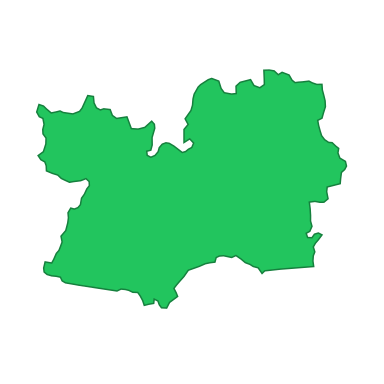 the district of Ribeira, São Paulo, Brazil, rotated 173°
{"feature_id": "56859067B1551247382346", "entity_name": "Ribeira", "entity_type": "district", "adm_level": 2, "iso_a3": "BRA", "parent_name": "Brazil", "parent_adm1": "São Paulo", "projection": "robinson", "projection_center": [-49.03, -24.604], "detail": "fine", "context": "isolated", "style": "filled", "palette": "green", "viewbox_px": 384, "rotation_deg": 173, "n_neighbors": 0, "source": "geoboundaries", "source_scale": "gbopen_adm2", "svg_char_len": 2806}
<svg xmlns="http://www.w3.org/2000/svg" viewBox="0 0 384 384"><g transform="rotate(173 192 192)"><path d="M253.2,85.3L248.4,85.9L243.6,86.1L242.6,90.3L239.1,88.0L238.2,84.0L236.4,80.8L231.3,79.9L227.8,85.1L219.0,90.1L220.0,93.9L221.7,98.5L218.8,101.5L215.2,104.8L210.3,109.1L205.2,114.8L193.9,117.3L187.5,119.2L182.9,119.6L177.8,119.6L176.0,124.0L172.7,125.1L168.4,124.9L160.6,122.2L156.1,123.6L151.4,119.4L147.7,115.4L143.3,113.1L140.3,110.6L135.6,108.7L132.4,102.6L129.4,104.9L113.9,104.7L80.3,103.2L80.4,108.7L79.4,113.9L77.4,117.6L78.3,122.7L75.7,126.2L72.3,129.3L68.2,133.6L71.6,135.9L75.6,135.2L78.5,132.0L82.8,132.7L83.7,137.1L79.9,138.6L77.1,143.3L77.9,148.7L77.2,154.3L76.8,160.9L76.8,167.7L71.1,167.7L66.2,166.2L62.3,165.8L57.8,168.7L58.3,175.9L57.2,180.5L43.9,182.2L42.8,187.4L41.3,193.2L37.7,195.7L35.5,198.9L36.0,203.7L41.1,207.6L42.4,213.0L41.1,217.4L43.7,220.0L46.9,223.9L50.4,224.6L54.0,227.8L56.5,232.1L57.4,237.0L58.2,242.5L58.5,247.8L54.0,249.4L51.8,254.7L49.2,260.4L48.8,266.3L49.5,272.4L50.2,277.4L49.9,283.0L55.1,283.6L59.4,285.7L62.4,287.8L68.9,287.8L72.9,288.0L76.4,288.0L79.1,290.8L81.4,296.3L88.0,299.8L92.1,297.9L95.7,302.2L100.4,303.6L105.8,304.1L106.5,295.6L107.1,289.8L112.0,287.2L117.5,290.1L120.2,296.4L130.8,295.0L135.4,291.7L136.1,284.3L140.9,284.4L147.9,286.6L150.5,291.2L151.9,298.8L158.6,302.3L162.2,301.5L170.4,297.5L173.1,295.4L177.9,288.9L179.6,284.4L180.9,278.1L183.1,273.0L189.9,265.5L187.6,259.5L192.3,255.1L193.9,242.1L187.8,245.0L184.4,240.4L186.8,236.2L190.3,234.9L193.4,232.9L196.9,232.4L204.4,239.8L208.7,243.1L211.9,244.0L215.7,243.1L219.1,240.0L220.7,236.1L224.2,232.8L228.6,231.5L232.0,233.8L232.0,238.0L227.8,238.5L225.8,243.5L225.0,250.9L221.2,259.8L221.1,263.8L223.4,267.2L230.9,261.9L237.8,261.0L244.5,262.3L247.4,274.5L257.9,274.2L261.7,277.7L263.2,283.8L269.5,285.3L273.0,284.6L276.6,287.2L278.4,292.4L278.2,298.8L283.7,300.4L290.9,288.6L293.8,285.7L300.7,284.0L310.2,286.6L313.1,288.5L317.0,288.0L322.1,287.6L326.3,292.1L328.9,295.4L333.2,297.5L336.4,290.3L334.4,285.3L331.0,283.2L330.6,277.1L332.5,272.2L332.8,267.8L330.3,263.3L331.2,257.5L334.6,250.1L340.3,246.9L338.1,242.5L334.4,239.8L333.5,235.8L333.9,230.7L328.3,227.5L323.2,225.2L320.1,221.4L316.5,219.1L312.4,216.6L308.2,216.8L301.1,216.8L295.6,218.2L292.8,214.9L293.1,210.8L296.0,207.9L299.1,202.9L302.4,199.3L304.3,193.0L307.1,190.4L310.9,189.4L314.3,190.8L317.6,186.5L317.8,181.4L319.1,176.4L322.0,169.1L327.4,164.1L327.0,158.2L329.4,153.5L331.2,150.2L334.1,147.6L337.5,141.9L339.9,138.6L346.3,140.5L348.5,134.6L348.5,130.6L345.9,127.8L341.5,125.9L337.0,124.9L333.0,123.5L331.7,119.6L328.7,117.3L319.4,114.5L315.6,113.3L278.5,102.9L274.3,104.3L270.1,103.4L266.7,102.1L263.0,99.7L258.1,98.9L256.1,95.2L254.2,90.3L253.2,85.3Z" fill="#22c55e" stroke="#15803d" stroke-width="1.5"/></g></svg>